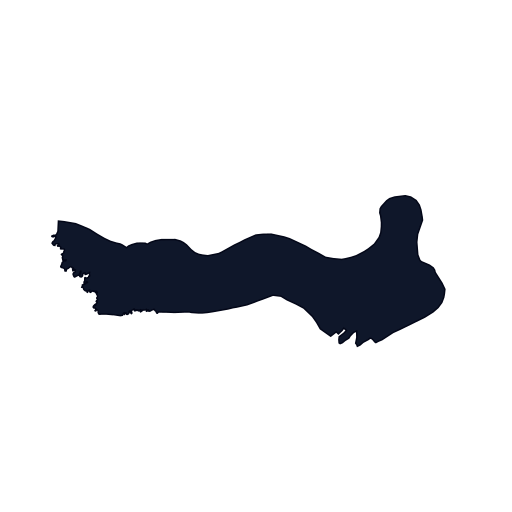 Hadxaifong, Vientiane [prefecture], Laos (Equal Earth projection), rotated 223°
{"feature_id": "54806243B62960887748037", "entity_name": "Hadxaifong", "entity_type": "district", "adm_level": 2, "iso_a3": "LAO", "parent_name": "Laos", "parent_adm1": "Vientiane [prefecture]", "projection": "equal_earth", "projection_center": [102.809, 17.911], "detail": "fine", "context": "isolated", "style": "filled", "palette": "ink", "viewbox_px": 512, "rotation_deg": 223, "n_neighbors": 0, "source": "geoboundaries", "source_scale": "gbopen_adm2", "svg_char_len": 6152}
<svg xmlns="http://www.w3.org/2000/svg" viewBox="0 0 512 512"><g transform="rotate(223 256 256)"><path d="M385.6,114.8L385.0,115.1L384.6,115.7L385.5,116.8L385.5,117.3L384.9,119.0L384.7,120.7L384.5,121.3L384.1,121.9L383.6,122.2L383.1,122.3L382.7,122.0L382.4,122.0L381.4,122.6L381.2,122.5L381.1,122.1L381.1,121.5L381.0,121.2L379.9,120.3L379.6,120.5L379.5,120.8L380.0,122.0L379.8,122.3L379.5,122.2L379.3,121.9L379.1,121.8L378.7,122.4L378.4,121.7L377.6,121.4L377.3,121.1L377.5,120.4L377.9,119.3L377.7,118.5L377.2,117.8L375.3,116.9L374.5,116.8L374.2,117.1L373.5,119.3L373.1,120.3L372.7,120.8L372.5,121.3L372.7,121.9L373.8,124.5L373.9,125.3L373.8,125.5L373.3,125.3L373.0,125.0L372.8,124.0L372.3,122.5L371.9,121.7L371.2,121.0L370.6,120.9L369.6,121.4L369.3,122.0L369.3,123.0L369.6,123.6L370.3,124.5L370.5,125.0L370.3,125.4L370.0,126.7L369.7,127.2L369.3,127.2L368.7,126.3L368.4,126.0L368.1,126.2L367.3,127.7L366.7,130.3L366.5,130.5L366.0,129.6L364.0,128.1L364.0,127.8L364.4,127.7L364.5,127.5L364.5,127.1L364.2,126.8L364.0,125.9L364.4,125.0L365.2,123.9L366.1,123.8L366.3,123.5L366.3,123.2L364.7,121.5L364.3,121.0L364.1,119.8L363.4,119.0L363.1,119.0L362.6,119.3L362.1,120.3L362.6,121.4L362.5,121.9L362.1,122.2L361.3,122.0L361.2,121.6L361.9,119.2L362.0,118.4L362.7,117.7L363.2,116.3L363.0,116.1L362.4,115.8L362.2,115.5L362.3,114.8L362.1,114.4L361.4,115.1L360.5,114.9L359.8,114.4L358.9,114.1L357.4,114.1L356.6,114.4L356.4,115.0L356.1,115.1L355.7,115.0L354.9,114.4L354.6,114.4L354.5,114.7L354.7,115.1L355.1,115.3L355.2,115.8L355.1,116.4L354.4,117.4L354.2,117.2L354.1,116.9L353.9,116.6L353.1,116.8L352.8,116.4L352.4,116.4L352.2,116.6L351.8,119.1L351.5,119.3L351.1,119.2L350.8,119.2L350.4,120.3L350.1,120.4L349.9,120.0L349.6,119.9L349.3,120.1L349.0,121.1L348.6,121.4L348.4,121.2L348.5,120.3L348.3,119.8L348.0,119.8L347.9,119.9L347.8,120.7L347.3,121.2L346.8,120.6L346.7,119.7L346.5,119.4L345.1,119.0L344.4,118.6L344.0,118.0L343.9,116.8L343.4,116.4L342.7,116.6L342.0,115.8L342.1,114.9L342.0,113.9L341.4,113.7L340.5,113.9L340.3,113.4L340.3,112.8L340.4,112.0L340.4,111.6L340.3,111.3L339.7,111.0L339.7,110.5L340.7,110.4L340.7,108.6L340.3,107.6L339.1,107.4L338.2,108.2L336.7,108.2L336.5,106.3L336.1,106.2L335.7,106.6L335.9,107.8L335.5,108.2L334.6,108.4L333.9,108.2L333.1,107.2L331.5,106.4L330.7,106.7L329.4,108.2L325.7,111.6L320.8,115.4L320.2,116.0L314.6,119.8L314.0,120.5L313.7,121.0L313.2,121.6L313.8,122.9L313.9,123.8L313.8,124.1L313.0,123.5L312.5,123.5L312.5,124.0L313.1,124.6L313.1,124.9L312.8,124.8L312.5,125.0L312.3,125.7L311.9,125.7L311.6,125.2L311.0,125.1L310.5,125.3L310.1,125.8L309.9,126.8L309.9,127.3L310.1,127.6L310.6,128.0L310.9,128.6L310.9,129.4L310.7,130.0L310.4,129.9L310.2,129.1L310.0,128.9L309.4,129.7L308.5,128.9L308.2,128.8L307.8,128.9L307.8,129.5L308.3,130.0L309.5,130.6L309.8,131.3L309.4,133.1L309.1,134.1L308.7,134.2L308.2,134.1L307.9,133.2L307.7,133.1L307.4,133.1L307.1,133.3L306.9,133.7L306.9,134.9L306.7,135.1L306.4,134.9L305.9,134.9L305.7,135.2L305.6,136.0L305.3,136.1L304.7,135.8L304.3,135.9L303.9,138.0L303.4,138.2L303.1,137.9L302.8,136.5L302.4,136.4L301.9,137.7L302.1,139.3L302.0,139.7L301.2,139.8L301.0,140.1L300.0,141.4L299.9,142.2L299.3,142.2L298.7,141.0L298.3,141.0L298.1,141.3L298.2,142.6L298.0,143.0L297.5,142.8L297.1,142.5L296.7,142.6L296.7,143.3L296.0,143.3L295.6,144.3L295.6,144.7L295.3,145.6L294.8,146.3L294.3,147.5L292.2,147.2L291.4,147.4L290.6,146.9L289.5,146.6L289.1,146.9L289.2,148.3L289.0,148.7L282.6,154.5L277.3,159.0L270.2,166.2L266.6,169.6L264.7,170.7L259.3,175.1L256.4,177.8L253.1,181.5L249.7,185.8L240.3,198.3L237.6,202.5L235.2,205.6L229.3,214.2L226.0,220.6L224.3,224.2L221.7,229.2L216.9,238.9L210.3,243.7L203.5,245.1L193.8,248.3L185.5,250.5L173.4,250.3L166.3,248.8L159.3,246.6L146.7,248.3L145.6,255.3L142.6,255.2L142.3,260.1L142.6,263.1L139.1,263.3L139.1,259.3L140.1,253.7L138.3,251.3L135.9,249.1L134.7,249.3L133.7,251.5L133.3,254.8L132.1,259.2L132.6,261.8L132.5,266.8L131.2,269.8L126.7,265.2L123.6,260.2L121.9,259.9L120.3,259.1L119.2,261.9L118.8,266.0L116.8,271.8L116.6,273.7L115.3,274.5L113.5,274.6L110.5,274.2L109.3,274.4L108.4,277.1L106.8,280.6L103.6,293.6L100.7,300.6L90.9,326.4L88.4,335.8L87.7,342.4L88.4,348.7L90.5,353.8L92.5,356.9L95.2,360.5L101.5,363.0L113.1,366.0L114.3,366.5L115.7,367.5L118.3,368.2L122.9,367.6L131.2,364.6L133.2,364.6L138.5,367.2L147.9,375.8L152.7,382.2L158.7,395.8L161.3,398.0L166.9,402.2L171.3,404.6L176.8,405.8L183.0,404.7L187.9,401.9L194.8,393.7L197.4,389.1L198.1,385.5L198.0,377.7L197.4,375.2L194.9,372.0L192.2,370.4L187.1,366.1L184.1,362.8L180.6,358.2L178.6,353.6L177.5,345.5L178.6,338.0L179.8,333.1L182.8,324.6L185.4,319.9L188.8,314.8L191.0,311.9L197.7,306.7L204.3,302.4L212.0,300.6L220.3,298.3L226.4,297.0L243.3,291.5L248.4,289.1L259.8,282.3L265.9,276.4L270.4,271.2L275.2,260.1L277.0,254.9L279.2,249.4L283.6,235.7L284.9,232.4L291.4,223.3L295.8,220.1L299.1,218.1L303.0,216.7L307.8,216.3L314.4,216.7L318.2,216.3L321.5,215.4L326.3,212.9L336.3,203.5L339.9,198.8L342.4,194.2L343.6,190.4L345.7,189.8L349.0,186.9L351.9,184.0L354.5,179.7L356.0,176.4L356.3,173.8L361.6,172.8L363.7,172.1L367.0,170.1L372.5,167.4L378.8,165.4L387.1,163.5L395.8,161.9L404.1,158.9L410.0,156.6L419.9,150.1L424.3,146.8L417.6,138.9L416.9,136.7L416.6,136.0L416.7,134.9L417.0,134.2L418.3,133.0L418.5,132.1L418.9,131.6L418.8,131.2L418.5,131.1L417.7,131.4L417.2,131.9L416.6,133.1L416.0,133.6L415.3,133.6L414.6,132.0L414.0,129.5L414.3,127.9L413.9,126.3L411.8,125.9L411.0,126.0L410.3,126.6L410.7,127.1L410.9,128.2L408.7,130.5L408.4,130.4L408.2,130.1L408.2,128.2L407.6,128.0L407.3,128.2L407.1,128.9L406.8,129.4L406.2,129.2L405.1,129.3L404.5,129.2L404.2,128.4L403.8,128.0L403.3,128.2L402.8,129.0L402.0,129.4L401.3,130.1L401.1,130.2L400.5,130.1L399.9,129.4L399.5,128.1L399.0,127.6L398.8,127.0L398.8,126.5L399.2,125.7L399.4,124.5L398.8,124.3L398.4,124.7L398.0,124.7L397.1,123.9L396.5,122.9L396.4,122.5L395.2,122.1L395.0,121.6L394.6,121.3L394.1,121.1L392.9,123.1L392.3,123.7L391.9,123.4L391.8,122.6L392.3,121.9L392.9,121.3L393.2,120.2L393.3,119.4L393.2,118.8L392.4,117.5L391.7,115.2L391.3,114.9L390.7,114.9L389.9,115.2L388.8,115.9L387.4,116.1L386.6,115.7L385.6,114.8Z" fill="#0f172a" stroke="#020617" stroke-width="1.5"/></g></svg>